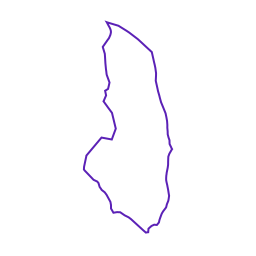 outline of At Taffah, Al Bayda', Yemen, rotated 311°
{"feature_id": "15242507B13083201582519", "entity_name": "At Taffah", "entity_type": "district", "adm_level": 2, "iso_a3": "YEM", "parent_name": "Yemen", "parent_adm1": "Al Bayda'", "projection": "robinson", "projection_center": [45.345, 14.162], "detail": "fine", "context": "isolated", "style": "outline", "palette": "violet", "viewbox_px": 256, "rotation_deg": 311, "n_neighbors": 0, "source": "geoboundaries", "source_scale": "gbopen_adm2", "svg_char_len": 2165}
<svg xmlns="http://www.w3.org/2000/svg" viewBox="0 0 256 256"><g transform="rotate(311 128 128)"><path d="M200.9,96.2L201.5,77.2L200.8,66.2L200.4,63.1L198.9,53.7L194.1,43.1L193.9,42.6L193.8,42.9L193.5,43.6L193.2,44.4L192.9,45.2L192.6,45.9L192.3,46.8L192.0,47.6L191.8,48.3L191.4,49.0L191.1,49.7L190.7,50.4L190.3,51.0L189.8,51.6L189.2,52.2L188.6,52.6L187.9,53.0L187.3,53.3L186.5,53.7L185.8,53.9L184.9,54.2L183.9,54.5L183.3,54.7L182.9,54.7L182.7,54.7L182.4,54.8L182.2,54.8L181.9,54.8L181.7,54.8L174.1,55.6L173.0,55.7L172.8,55.8L172.6,55.8L168.8,61.8L166.4,64.2L162.0,68.5L158.1,72.6L156.0,75.0L155.4,75.6L154.2,77.0L150.2,84.2L147.1,85.9L144.4,87.3L141.1,86.3L138.2,90.1L136.6,90.6L134.1,91.4L133.5,91.6L133.0,91.8L132.1,92.0L130.3,99.7L128.9,106.0L119.5,119.2L108.7,123.3L103.4,114.3L79.9,114.7L79.8,114.8L69.9,120.3L67.8,121.9L67.5,123.1L66.3,136.0L67.4,139.9L67.1,141.8L64.9,145.3L64.5,147.1L64.0,148.8L64.2,152.6L63.5,155.7L60.7,163.2L58.7,165.7L56.1,168.0L55.8,168.7L55.7,169.1L55.6,169.3L55.5,169.8L55.3,170.3L55.2,170.6L55.0,171.1L54.8,171.7L54.5,172.6L57.3,174.9L59.3,177.4L59.9,182.8L61.0,187.1L61.2,190.1L60.8,206.8L60.8,210.1L62.3,211.3L62.6,211.6L63.0,211.3L65.5,209.5L69.5,210.0L72.2,211.2L73.4,212.9L73.8,213.4L74.0,213.4L77.0,213.3L79.2,212.1L81.4,211.2L84.0,210.2L85.4,209.7L86.8,209.4L87.6,209.3L87.9,209.2L92.4,208.9L93.2,208.8L95.9,207.4L99.4,206.2L99.8,206.0L101.0,205.3L102.4,204.4L103.8,203.5L104.7,202.4L105.1,201.9L107.8,198.7L110.2,195.6L110.4,195.4L112.5,192.5L113.7,191.0L115.3,189.6L117.4,188.0L118.1,187.6L119.7,186.5L122.0,185.2L124.1,184.0L126.1,182.7L126.9,182.1L129.0,180.3L132.6,177.4L132.9,177.2L135.7,176.1L139.8,175.3L140.9,175.1L141.0,175.1L141.1,174.7L141.3,174.1L141.7,173.4L143.2,169.9L146.0,167.3L147.5,164.7L149.3,162.1L151.4,160.2L154.0,157.5L156.1,155.7L158.9,152.9L161.4,149.8L162.6,148.2L163.6,146.9L164.1,146.0L166.6,141.1L169.1,136.1L171.7,132.2L172.9,130.5L173.5,129.6L175.5,126.5L175.9,126.0L176.0,125.8L176.1,125.7L176.8,124.8L181.3,118.7L181.9,117.9L182.2,117.7L185.9,114.8L187.8,113.2L191.3,109.2L193.2,106.7L195.2,103.9L196.7,101.9L200.8,96.3L200.9,96.2Z" fill="none" stroke="#5b21b6" stroke-width="2"/></g></svg>